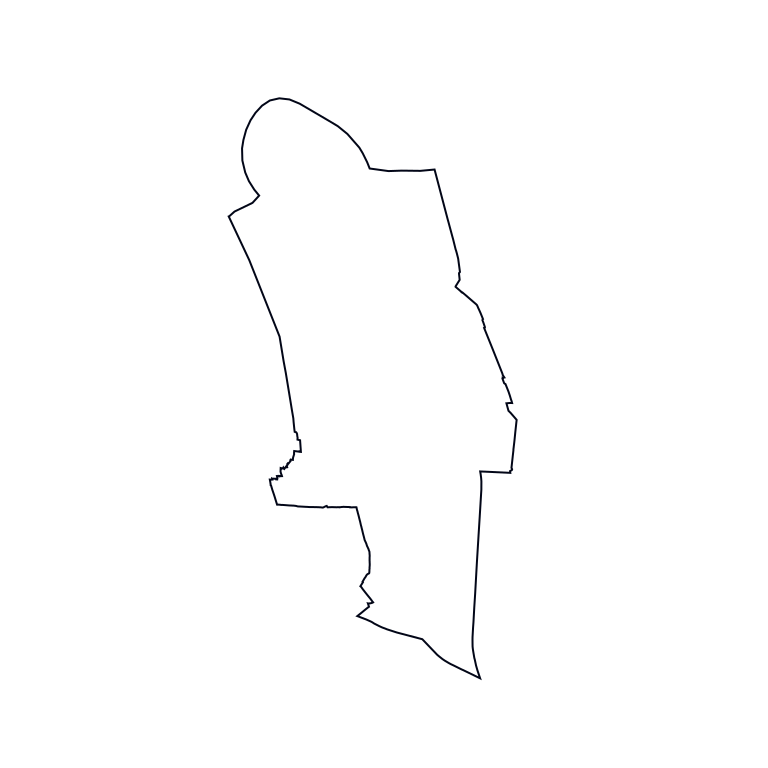 outline of Velsen, Noord-Holland, Netherlands, rotated 59°
{"feature_id": "6326949B54976538615964", "entity_name": "Velsen", "entity_type": "district", "adm_level": 2, "iso_a3": "NLD", "parent_name": "Netherlands", "parent_adm1": "Noord-Holland", "projection": "robinson", "projection_center": [4.642, 52.452], "detail": "fine", "context": "isolated", "style": "outline", "palette": "ink", "viewbox_px": 768, "rotation_deg": 59, "n_neighbors": 0, "source": "geoboundaries", "source_scale": "gbopen_adm2", "svg_char_len": 5798}
<svg xmlns="http://www.w3.org/2000/svg" viewBox="0 0 768 768"><g transform="rotate(59 384 384)"><path d="M226.2,230.2L220.0,243.1L210.3,258.8L203.8,270.5L191.9,285.3L185.2,284.2L175.3,283.4L168.7,283.4L150.8,286.6L139.2,290.8L130.0,295.7L100.3,311.9L91.4,318.5L85.2,326.6L82.2,335.8L82.6,345.2L85.3,354.4L89.2,362.6L95.1,371.2L102.4,378.8L108.9,384.3L119.5,390.3L131.2,394.0L140.5,395.3L150.5,395.1L158.2,394.0L161.0,403.4L159.2,423.3L160.5,430.1L160.4,430.8L208.5,435.7L261.8,444.5L289.6,449.1L313.0,458.4L324.0,462.5L347.7,471.9L359.0,476.4L366.7,479.4L368.1,480.1L370.1,481.1L376.5,484.1L379.0,485.2L379.8,484.5L380.0,484.2L380.5,484.1L380.9,484.1L381.3,484.1L382.2,484.3L382.6,484.5L384.1,485.2L384.6,485.4L385.3,485.6L387.1,486.8L389.0,484.9L399.4,490.2L398.9,490.9L398.7,490.8L398.3,490.8L398.2,490.9L397.8,491.9L398.0,492.0L397.1,493.1L395.2,495.5L397.0,496.8L397.5,497.0L397.8,497.1L400.4,500.0L401.0,500.4L401.8,501.0L402.1,501.2L401.2,502.3L400.9,502.7L400.7,502.9L401.1,503.6L401.9,503.8L402.9,506.6L402.4,507.0L402.8,508.1L403.4,508.0L403.8,508.7L404.0,509.5L405.5,509.9L405.4,510.3L405.2,510.5L404.8,510.6L404.6,510.6L404.4,510.7L404.5,511.0L405.5,513.3L405.3,513.4L405.1,513.4L404.8,513.5L404.6,513.4L404.3,513.3L404.1,513.3L403.8,513.3L404.0,513.6L404.0,514.4L403.9,514.4L403.7,514.9L403.4,515.2L403.9,515.3L403.9,515.6L403.6,515.8L403.9,516.2L403.5,516.3L405.5,517.6L406.0,517.9L406.4,518.0L406.7,518.1L408.3,518.5L409.2,518.6L410.4,518.9L409.6,520.3L409.4,520.3L408.6,521.5L408.9,521.6L408.6,521.9L407.8,523.2L408.4,523.4L409.5,523.7L409.5,523.8L409.8,523.9L409.9,524.1L410.0,524.1L410.8,524.7L410.2,525.6L409.6,525.4L407.7,528.3L408.0,528.5L407.6,528.7L408.0,528.9L408.2,529.0L408.3,529.3L407.7,530.2L407.1,531.1L409.8,532.1L410.7,532.5L411.3,532.7L411.5,532.8L412.2,533.2L412.4,533.3L412.9,533.1L417.5,534.3L419.0,534.6L423.9,535.7L427.5,536.6L432.4,537.8L432.7,537.3L432.7,537.1L434.1,535.1L434.6,534.6L435.3,533.4L436.0,532.4L437.2,530.7L439.0,528.2L440.8,525.5L441.1,525.1L441.5,524.4L442.5,523.1L443.3,522.1L444.5,521.0L446.9,517.4L449.3,513.9L449.8,513.1L450.8,511.7L452.3,509.3L453.9,506.7L454.6,505.6L454.9,505.1L456.8,502.2L458.4,500.1L458.5,499.7L458.6,499.2L458.6,498.6L458.8,496.7L459.0,495.9L460.6,495.9L462.9,491.7L463.5,490.8L463.8,490.4L465.3,488.0L465.6,487.4L465.9,486.9L466.0,486.7L466.6,485.8L466.7,485.6L466.8,485.6L467.8,483.2L468.2,482.5L468.4,482.1L468.5,481.8L468.7,481.6L469.3,480.7L472.0,476.5L472.1,476.4L472.3,476.5L473.2,475.1L473.9,473.7L475.3,471.3L475.4,471.2L475.5,471.1L477.7,471.9L478.9,472.2L479.4,472.3L480.6,472.7L481.6,473.0L482.8,473.3L483.4,473.5L484.2,473.7L484.7,473.9L485.2,474.0L485.5,474.1L486.0,474.3L486.8,474.5L488.7,475.1L489.2,475.2L490.1,475.5L491.0,475.8L493.1,476.5L494.2,476.8L494.7,476.9L495.5,477.2L497.9,477.9L499.4,478.4L501.3,479.0L506.1,480.4L507.0,480.7L507.6,480.9L508.2,481.0L509.3,481.1L510.2,481.2L511.8,481.4L512.5,481.6L514.3,482.0L514.8,482.0L515.6,482.1L516.4,482.2L516.9,482.2L517.4,482.3L518.3,482.5L518.6,482.6L520.0,482.8L520.3,482.9L520.5,483.0L521.9,483.7L522.1,483.9L522.6,484.1L523.1,484.3L523.4,484.5L524.0,484.8L525.3,485.7L526.3,486.3L526.6,486.5L527.3,486.9L527.9,487.3L528.9,487.8L529.9,488.4L530.7,488.8L531.9,489.5L532.3,489.8L533.3,490.5L534.0,491.0L534.9,491.5L535.6,492.1L536.4,492.6L537.5,493.3L537.8,493.5L538.0,493.7L538.4,494.0L538.5,494.1L538.6,494.3L538.6,494.5L538.5,496.0L538.6,496.7L539.0,497.7L540.1,499.6L540.4,500.5L542.5,504.3L543.1,504.2L543.3,504.6L545.2,508.4L546.0,508.1L547.1,508.0L548.8,507.9L552.9,507.4L556.7,506.9L559.4,506.5L560.8,506.3L562.7,506.1L564.4,506.0L565.5,505.8L565.5,506.0L565.6,506.3L565.2,507.9L565.1,508.2L565.0,508.6L564.6,509.4L564.3,510.0L563.9,510.7L563.8,510.8L567.2,511.6L567.3,512.8L567.7,515.9L568.4,520.5L569.2,526.4L576.7,520.5L579.0,518.9L580.7,517.7L582.0,516.9L583.6,516.1L584.1,515.9L584.9,515.4L587.6,513.7L588.9,512.9L591.4,511.2L592.2,510.6L594.3,508.9L595.8,507.8L603.6,501.0L622.5,482.6L643.4,477.9L644.9,477.4L646.3,476.9L648.4,476.1L649.8,475.6L652.4,474.4L656.5,472.2L658.4,471.1L661.1,469.3L668.6,464.5L670.0,463.5L685.8,453.2L679.4,451.8L677.6,451.4L675.0,450.7L673.5,450.3L672.4,450.0L671.6,449.7L666.9,448.1L665.4,447.7L660.8,445.9L657.8,444.7L656.2,444.0L654.7,443.3L653.3,442.5L650.4,440.8L648.7,439.8L646.6,438.5L644.1,436.8L638.8,433.2L634.4,430.1L622.3,421.9L610.3,413.6L591.3,400.7L584.1,395.8L563.3,381.5L546.6,370.0L524.6,354.9L522.1,353.4L519.0,351.5L517.5,350.6L514.3,349.0L512.9,348.4L511.3,347.7L508.5,346.6L511.4,342.2L516.8,334.1L525.2,321.5L524.4,321.2L523.8,320.9L523.6,320.8L523.5,320.7L523.5,320.1L523.6,319.8L523.7,319.3L523.7,319.2L523.6,318.8L523.5,318.5L523.1,318.1L521.5,317.9L510.2,309.3L507.6,307.3L506.8,306.8L506.0,306.2L505.0,305.4L501.5,302.7L499.4,301.1L492.7,296.1L489.8,293.9L487.7,292.3L485.3,290.5L483.1,288.8L482.3,288.9L473.7,290.4L473.1,290.6L472.6,290.7L471.1,291.1L463.6,289.0L464.0,288.2L464.5,287.1L465.0,286.1L465.7,284.9L466.3,284.0L464.2,283.4L462.6,283.1L459.1,282.2L458.7,282.1L454.6,281.2L446.6,279.9L446.4,280.0L446.2,280.1L446.0,280.3L445.2,280.6L440.5,279.7L440.5,279.3L440.4,279.1L440.4,278.8L440.2,278.7L439.8,278.8L439.7,278.8L440.3,277.5L437.3,277.6L437.0,277.4L435.7,277.1L430.2,276.2L409.5,272.8L387.5,269.3L387.6,268.8L387.6,268.5L387.4,268.3L387.2,268.2L382.1,267.1L380.1,266.8L379.8,266.6L379.5,266.3L379.3,266.1L379.3,265.7L372.9,264.7L368.8,264.2L367.5,264.1L365.6,263.8L364.0,263.7L362.6,264.1L359.0,265.3L353.8,267.0L346.0,269.6L346.0,269.9L345.0,270.3L344.9,270.2L337.9,272.5L337.6,272.6L337.4,272.5L337.2,272.4L333.7,265.5L328.3,263.0L327.6,262.6L327.1,261.2L316.9,256.8L316.2,256.5L315.1,256.0L313.9,255.6L309.6,254.3L306.7,253.5L305.6,253.3L295.5,250.2L293.3,249.6L278.2,245.3L276.0,244.7L226.2,230.2Z" fill="none" stroke="#020617" stroke-width="2"/></g></svg>